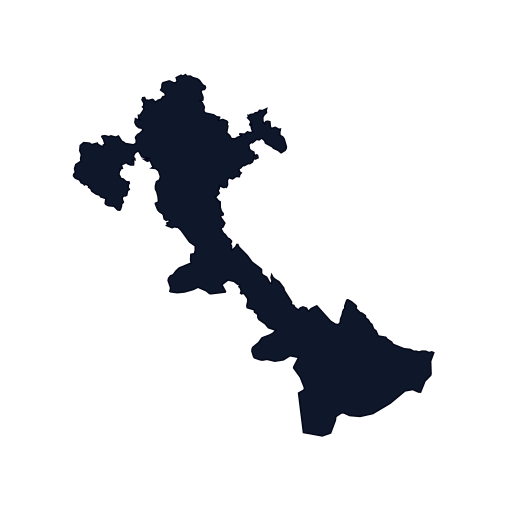 the border of Gansu, rotated 192°
{"feature_id": "CHN-1150", "entity_name": "Gansu", "entity_type": "Province", "adm_level": 1, "iso_a3": "CHN", "parent_name": "China", "parent_adm1": "", "projection": "albers", "projection_center": [103.309, 37.691], "detail": "fine", "context": "isolated", "style": "filled", "palette": "ink", "viewbox_px": 512, "rotation_deg": 192, "n_neighbors": 0, "source": "natural_earth", "source_scale": "10m", "svg_char_len": 6148}
<svg xmlns="http://www.w3.org/2000/svg" viewBox="0 0 512 512"><g transform="rotate(192 256 256)"><path d="M153.7,93.8L172.9,93.2L185.9,130.8L181.3,134.8L181.1,137.0L187.5,146.7L195.9,154.3L196.0,155.5L193.2,165.7L202.0,165.5L207.6,160.1L215.7,157.0L223.8,157.2L227.9,155.5L230.3,155.3L236.1,156.0L237.3,156.8L240.2,162.0L240.5,164.3L240.1,166.1L235.4,171.9L233.1,177.2L226.0,181.7L223.6,183.8L221.0,187.5L229.0,188.4L232.8,191.5L239.9,194.5L241.4,196.2L242.1,199.2L245.8,200.8L246.5,203.0L253.9,203.6L254.7,205.6L254.6,210.1L255.3,212.6L259.5,216.5L260.9,216.8L262.2,215.9L263.4,216.4L263.2,218.8L264.6,221.3L266.3,222.4L265.6,223.7L265.9,224.3L268.2,224.6L272.2,226.6L278.4,226.7L283.4,220.8L278.4,214.9L278.6,214.3L292.4,209.6L293.8,209.6L297.2,211.5L306.3,213.4L310.5,210.1L318.5,205.9L325.4,203.7L332.1,203.2L333.0,203.6L332.8,206.9L336.9,213.8L336.9,216.0L335.6,218.8L333.1,220.4L331.2,224.7L328.6,228.4L317.9,235.7L319.1,238.3L320.1,244.1L316.7,245.5L316.6,248.8L317.5,253.2L323.9,255.9L334.7,265.7L338.2,267.8L342.2,267.5L343.9,266.2L349.9,267.2L349.0,268.3L350.1,269.7L347.8,271.4L348.0,272.7L349.6,273.3L351.2,272.2L353.5,273.1L355.1,276.8L356.3,278.0L359.5,279.1L361.8,280.8L365.4,286.2L365.4,286.7L363.1,288.2L362.9,289.6L364.3,294.0L366.3,298.0L368.3,300.6L369.0,303.7L368.8,308.0L366.2,310.4L366.0,313.8L369.0,319.0L372.3,320.7L376.5,320.3L375.5,321.2L375.7,322.3L379.3,327.1L380.1,327.2L382.0,326.0L385.7,327.3L381.2,328.5L380.8,329.0L381.2,329.7L383.8,329.0L388.3,329.3L392.0,333.6L393.6,334.0L395.8,331.6L396.4,329.3L396.5,327.1L394.9,326.3L394.3,324.8L396.7,324.4L395.1,322.6L394.7,319.6L397.7,318.9L401.1,319.6L402.2,320.5L406.7,317.0L404.9,314.0L407.2,312.5L406.6,311.7L407.2,310.7L407.1,307.4L404.0,303.6L402.0,303.8L398.4,301.7L395.6,302.1L395.0,300.8L395.7,299.3L395.3,296.5L393.7,294.8L395.2,293.4L395.1,288.5L396.4,287.5L398.0,287.4L398.9,285.2L398.8,284.1L396.9,281.1L398.3,278.7L397.9,276.7L398.3,273.1L398.9,272.4L400.9,272.3L405.3,275.2L410.5,274.5L413.5,275.2L414.5,276.1L414.8,281.0L420.2,281.5L421.5,283.0L425.2,283.3L430.1,285.3L431.8,287.7L434.0,288.3L434.3,290.0L437.3,290.8L438.7,289.8L439.6,290.7L442.3,291.3L444.4,293.7L449.0,294.6L451.2,296.4L451.3,298.1L450.1,300.2L451.7,303.7L451.3,308.0L446.9,312.4L447.8,314.7L447.9,318.8L450.3,322.4L450.9,327.5L448.2,331.1L442.2,331.8L440.8,331.0L439.3,331.1L434.7,333.5L433.7,332.3L428.6,330.8L428.5,332.7L427.0,333.9L429.4,338.3L431.7,340.7L431.4,341.4L428.7,342.3L424.7,342.1L422.9,343.4L418.0,343.1L415.5,344.8L411.2,340.4L408.6,339.7L407.6,338.9L399.1,339.3L396.8,341.2L397.1,344.3L398.5,346.6L398.4,347.7L396.9,350.5L395.4,351.6L392.8,355.4L394.1,357.3L397.2,357.1L400.1,358.6L402.2,361.3L402.5,365.3L399.2,364.7L397.8,365.2L399.2,365.9L400.3,369.2L398.6,369.8L396.2,376.0L396.5,377.4L398.0,378.2L397.1,379.5L397.5,382.3L400.0,385.1L399.7,387.3L397.9,387.9L396.7,386.0L395.7,385.7L393.1,386.0L389.9,387.7L388.6,387.3L387.7,386.1L385.6,386.2L384.5,387.9L381.3,389.7L380.3,392.5L378.3,393.2L378.1,394.6L379.0,396.4L383.8,398.5L383.1,400.6L383.6,404.6L383.1,406.1L377.2,409.3L372.3,408.3L370.5,409.0L369.5,410.7L371.2,413.9L366.9,417.3L364.9,416.7L362.7,418.8L360.9,417.5L357.5,418.4L355.1,417.4L350.2,417.1L347.9,416.1L343.8,412.4L341.0,411.5L340.4,410.1L340.7,408.8L341.5,407.9L343.3,407.5L344.0,405.3L340.8,400.3L340.4,397.5L343.1,396.3L340.6,395.0L337.5,391.0L337.4,387.8L336.6,386.3L335.3,385.4L326.7,385.3L323.5,384.0L320.5,384.3L320.3,383.7L321.2,381.1L320.8,380.8L316.8,382.7L312.6,381.9L311.5,380.9L311.7,378.7L310.5,377.2L310.3,370.4L306.9,368.5L304.4,365.6L300.5,366.5L299.0,368.2L295.9,369.9L295.5,370.6L297.1,371.5L297.1,372.2L292.5,372.8L290.2,375.7L287.7,375.4L284.9,376.7L287.3,380.4L286.9,381.3L288.9,382.7L288.0,383.6L289.4,383.6L288.9,385.8L289.7,387.2L292.9,389.4L292.2,390.0L292.9,391.8L292.2,391.6L292.4,392.0L290.4,393.5L287.8,394.3L286.5,396.0L284.0,396.8L282.8,399.3L279.8,399.6L276.2,402.4L276.3,400.4L275.5,398.4L277.3,395.9L278.2,393.0L277.2,389.0L274.9,387.2L274.4,389.5L272.6,390.3L270.3,390.2L268.9,385.6L267.5,383.9L263.9,385.9L260.1,384.7L258.5,385.3L258.4,381.4L257.6,379.1L254.5,378.0L252.9,376.5L249.0,369.3L248.8,367.6L249.5,365.4L252.9,362.1L256.2,363.9L261.2,365.0L263.0,366.3L269.3,368.1L270.4,368.6L271.3,370.4L274.8,372.6L277.2,370.1L279.5,370.4L282.9,366.1L284.6,365.8L286.3,363.4L284.6,359.2L282.6,357.9L279.7,357.2L278.5,353.9L276.4,355.1L275.4,354.8L274.4,352.5L276.8,350.7L278.4,350.9L279.1,347.1L281.1,345.1L283.1,344.6L286.0,342.1L287.8,341.6L289.2,339.0L290.6,337.9L290.7,337.0L289.2,334.7L287.7,334.2L288.8,332.3L288.8,330.1L292.0,329.7L294.9,326.5L299.1,326.9L299.7,323.9L298.6,319.6L299.2,317.0L300.4,317.2L301.4,316.3L302.7,316.3L306.2,317.2L306.0,314.0L306.8,312.2L305.0,309.8L307.9,305.1L304.2,302.1L302.3,301.6L301.1,296.2L299.3,292.7L296.8,290.6L296.7,289.3L298.7,288.2L298.8,286.8L293.3,281.7L294.3,277.5L295.6,276.5L295.7,275.1L292.6,271.5L290.7,270.7L287.3,267.6L285.5,267.3L283.0,265.5L282.9,264.4L283.7,262.8L282.0,260.7L281.3,256.9L280.5,257.0L277.8,260.6L277.1,263.4L276.2,263.5L274.4,261.1L264.6,254.6L258.6,249.2L248.5,244.5L247.7,243.8L247.0,240.5L246.0,239.1L241.1,237.5L236.6,232.1L235.7,232.1L235.1,234.9L236.8,237.9L236.8,240.9L234.9,238.6L233.0,237.4L228.1,235.6L222.3,230.6L220.9,227.9L211.6,218.4L211.3,215.8L208.6,215.5L207.3,213.8L204.1,212.4L203.0,212.4L201.9,214.4L199.5,216.0L195.7,215.5L194.3,213.7L192.8,213.2L191.2,216.0L186.2,219.9L169.6,207.8L164.2,205.8L161.2,206.0L159.8,208.4L160.2,212.0L159.5,216.2L159.5,220.0L159.1,221.9L158.2,222.8L158.8,225.6L158.1,231.2L157.7,232.1L156.9,232.3L153.0,231.1L147.8,228.3L147.2,227.5L147.4,225.5L142.5,222.3L140.3,222.1L136.6,220.4L135.9,218.3L132.9,216.8L130.5,214.2L128.5,213.3L125.8,209.1L123.0,207.7L119.8,203.2L112.2,203.5L110.3,201.9L105.6,200.1L103.5,198.1L92.0,196.1L85.7,196.7L81.8,195.6L79.6,196.2L76.6,196.0L73.8,197.5L70.3,198.2L66.8,197.5L64.1,198.8L62.0,198.4L63.3,189.4L60.3,177.3L60.3,175.7L64.7,168.8L66.7,157.0L69.0,156.7L74.9,158.0L82.2,155.0L94.1,139.9L109.0,126.1L120.8,120.7L131.2,119.4L137.6,120.8L139.9,120.2L144.5,115.5L144.2,111.6L146.2,98.4L153.7,93.8Z" fill="#0f172a" stroke="#020617" stroke-width="1.5"/></g></svg>